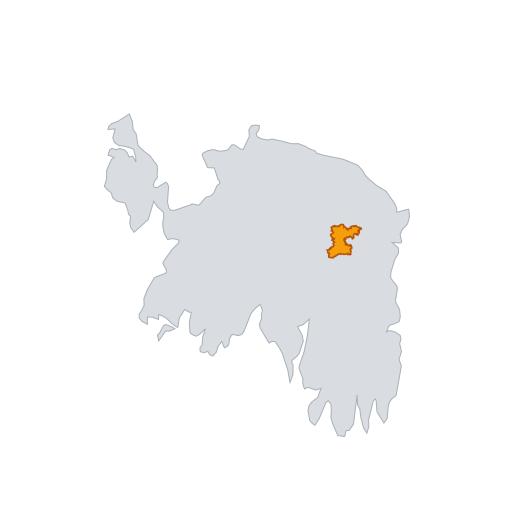 location of Castlecomer Lea-6, Kilkenny, Ireland, rotated 296°
{"feature_id": "5873133B64283034933999", "entity_name": "Castlecomer Lea-6", "entity_type": "district", "adm_level": 2, "iso_a3": "IRL", "parent_name": "Ireland", "parent_adm1": "Kilkenny", "projection": "mercator", "projection_center": [-7.296, 52.74], "detail": "fine", "context": "in_parent", "style": "filled", "palette": "amber", "viewbox_px": 512, "rotation_deg": 296, "n_neighbors": 0, "source": "geoboundaries", "source_scale": "gbopen_adm2", "svg_char_len": 9179}
<svg xmlns="http://www.w3.org/2000/svg" viewBox="0 0 512 512"><g transform="rotate(296 256 256)"><path d="M313.3,94.7L304.1,101.2L302.7,103.6L300.1,113.5L299.8,116.4L294.1,127.3L290.9,129.5L286.0,131.3L283.3,133.1L279.8,132.2L275.4,132.3L273.3,134.3L273.4,135.8L274.7,137.5L282.8,142.5L282.3,144.6L280.0,147.0L265.5,152.9L261.2,156.4L259.7,158.7L261.2,162.6L272.8,174.3L274.8,175.6L276.5,182.4L286.7,185.2L290.8,189.4L294.4,190.4L302.2,190.1L305.4,191.7L307.2,190.5L308.2,188.2L316.9,180.0L314.2,173.8L323.1,163.2L325.5,163.4L329.6,166.6L333.0,171.1L334.1,177.1L337.4,182.5L339.4,184.3L345.1,185.4L346.4,187.5L345.4,195.3L346.2,197.8L360.5,197.6L366.2,194.3L371.2,194.9L373.6,198.3L374.7,201.9L370.4,203.3L366.0,202.5L363.8,204.9L363.7,209.4L365.2,215.2L368.2,219.3L370.5,228.6L372.5,238.8L375.6,245.0L376.2,252.6L375.8,256.4L376.3,263.1L375.0,265.5L376.0,271.8L381.2,292.1L382.2,307.9L379.7,313.8L376.2,319.4L374.0,326.0L372.3,333.1L371.2,344.6L363.8,358.0L360.7,361.3L357.0,363.3L365.0,372.7L358.5,376.8L351.3,378.1L343.4,375.8L338.5,376.1L332.3,380.9L330.9,380.1L327.9,372.4L325.7,380.3L321.2,382.8L313.4,382.3L300.4,384.4L295.4,386.6L293.4,390.1L291.8,394.2L289.8,396.6L287.5,397.8L277.5,400.8L275.5,402.0L270.8,408.5L264.7,412.3L259.7,413.4L255.2,409.6L253.4,407.3L251.3,406.2L244.4,406.4L246.6,407.5L248.0,410.2L248.7,415.3L247.9,420.4L244.5,422.9L240.4,423.4L234.0,428.6L225.6,430.0L221.0,434.8L193.1,442.8L191.5,442.9L187.6,440.9L183.4,440.0L179.3,440.6L167.6,445.1L161.9,444.2L169.1,433.0L178.8,427.3L179.9,425.8L176.7,425.0L158.2,429.0L151.8,432.3L145.4,433.3L148.4,428.2L156.6,421.2L163.8,416.5L166.9,412.4L175.6,407.7L147.5,417.4L140.1,416.2L138.4,413.5L132.6,414.8L130.5,408.2L139.0,398.3L143.9,394.0L149.8,391.7L155.5,388.4L157.6,384.4L154.9,383.1L137.9,384.1L129.8,383.2L130.2,380.0L131.7,376.4L140.2,370.3L144.7,369.3L148.8,369.9L156.0,373.5L165.6,372.4L161.6,368.4L160.9,360.5L157.8,357.8L161.7,354.1L166.2,351.9L173.6,344.2L176.3,343.0L191.1,341.2L207.0,337.1L222.8,331.6L214.7,328.4L210.8,324.3L204.6,332.7L200.1,335.8L187.4,337.5L183.4,336.6L177.8,334.0L176.0,335.0L174.4,337.0L166.0,341.1L157.2,342.0L167.4,334.6L180.4,321.9L183.3,317.8L187.5,310.8L186.2,307.7L183.5,305.9L192.9,291.5L196.2,288.9L202.3,288.4L206.7,286.1L208.6,286.1L210.4,285.3L214.3,280.9L208.3,278.2L202.1,276.7L183.0,278.2L180.5,277.9L178.1,276.6L176.6,274.7L175.4,269.7L174.0,268.6L169.7,268.6L165.4,270.1L162.5,270.0L159.6,267.8L164.2,262.7L158.2,261.5L152.1,262.5L147.1,261.0L146.9,257.8L149.2,254.6L146.2,251.6L145.6,247.8L148.8,245.9L152.3,246.6L159.4,243.7L168.5,242.4L160.7,239.6L157.6,237.2L157.4,233.5L158.1,230.4L167.1,225.1L176.8,222.7L176.1,219.2L176.7,215.4L167.0,214.3L157.3,217.0L158.4,209.7L160.7,203.2L161.1,198.9L160.7,194.2L156.2,196.2L155.6,189.7L153.7,185.2L147.0,188.3L147.2,182.3L149.1,178.2L152.6,176.4L156.1,177.1L162.5,177.1L168.7,173.9L177.7,173.1L192.0,174.1L201.8,182.9L204.3,181.4L208.2,175.8L210.1,175.2L224.9,177.6L234.1,180.8L236.5,179.8L235.2,173.6L232.0,169.3L236.0,163.7L240.8,159.9L244.1,158.0L251.5,155.6L254.8,153.4L256.9,146.1L260.4,140.0L241.7,143.2L223.9,136.0L226.7,130.9L230.5,128.0L236.9,125.8L237.6,123.1L240.8,120.9L246.3,115.1L244.3,107.5L245.3,101.9L249.2,98.3L250.5,93.0L252.2,89.2L260.1,87.8L267.7,84.2L279.5,83.7L282.5,85.2L281.8,78.8L287.3,78.0L289.5,79.3L290.4,83.8L293.0,86.7L293.7,91.6L292.1,95.5L289.2,98.4L291.8,101.4L287.8,106.9L292.1,104.6L298.3,99.2L297.9,94.9L296.9,89.4L295.2,84.4L296.0,78.9L299.4,75.5L308.5,73.7L304.8,67.5L308.1,66.9L311.7,68.2L316.9,73.1L328.2,79.9L322.7,85.9L315.9,90.1L313.3,94.7ZM155.4,212.2L155.1,215.0L150.8,211.4L148.8,207.6L137.0,205.8L141.9,202.0L144.3,203.1L152.6,203.3L154.9,204.9L155.4,212.2Z" fill="#d9dde1" stroke="#a8b0b8" stroke-width="1"/><path d="M287.2,324.3L288.1,325.2L288.6,326.3L288.4,326.4L288.5,326.6L289.7,326.4L290.4,327.2L290.6,327.3L290.7,327.6L291.0,327.7L291.5,327.7L291.6,327.9L291.6,328.1L292.0,328.4L292.3,328.5L292.6,328.4L293.0,328.8L293.5,329.1L293.5,329.4L293.9,329.4L294.2,329.6L294.3,329.8L294.3,330.1L294.6,330.3L294.9,330.5L295.1,331.2L294.8,331.5L295.0,331.6L295.2,332.1L295.4,332.2L295.5,332.6L295.9,333.2L295.9,333.5L295.8,333.9L296.3,334.7L296.4,335.1L296.8,335.5L296.9,335.8L297.0,335.9L297.0,336.0L297.6,336.5L297.7,336.8L298.0,336.9L298.0,337.2L298.3,337.3L298.2,337.4L298.3,337.4L298.3,337.5L298.5,337.8L298.4,338.0L298.5,338.1L298.4,338.5L298.2,338.5L298.3,338.6L298.1,338.8L298.1,339.1L298.2,339.4L298.2,339.5L298.4,339.9L298.4,340.0L299.1,340.5L299.6,340.1L299.5,339.9L299.7,339.7L300.5,339.6L300.8,339.3L301.2,339.3L301.6,339.5L302.0,339.3L302.2,338.9L302.4,338.7L302.6,338.3L302.8,338.4L302.6,338.2L303.1,337.9L303.2,337.7L303.7,337.8L303.7,338.0L303.8,338.0L304.1,338.4L304.3,338.5L304.7,338.3L304.8,338.4L304.8,338.6L305.2,338.7L305.6,338.0L306.1,337.7L306.3,337.9L306.5,337.7L306.8,337.4L306.5,337.1L306.8,336.9L307.1,336.4L307.5,336.3L307.6,336.2L307.5,335.8L307.2,335.9L306.9,335.6L306.1,335.7L306.0,335.3L306.1,335.1L305.9,334.9L306.2,334.6L306.0,334.3L306.0,334.1L306.0,333.7L306.4,333.4L306.2,333.3L305.9,332.7L306.0,332.6L305.5,332.4L305.6,332.2L305.8,332.3L305.8,331.6L305.5,331.4L305.6,331.2L306.2,331.1L306.4,330.9L306.6,330.9L306.7,331.0L306.8,330.9L307.1,331.4L307.2,331.2L307.3,331.0L307.3,330.7L307.7,330.7L307.8,330.2L307.9,329.9L308.1,329.8L308.2,329.5L308.4,329.5L308.6,329.4L308.5,329.0L308.2,329.0L308.5,328.7L308.5,328.4L308.9,328.4L309.2,328.0L309.8,328.7L309.8,327.9L310.5,327.7L310.7,327.8L310.9,328.2L311.1,328.3L311.1,328.5L311.3,328.8L311.7,329.0L311.9,329.4L312.0,329.3L312.5,329.7L312.8,329.4L313.0,329.8L313.1,330.0L313.0,330.7L313.3,330.8L313.4,331.0L313.7,331.5L313.9,331.6L314.1,331.4L314.3,331.3L315.0,331.6L314.9,331.8L314.9,332.5L314.8,333.7L314.7,333.6L314.7,333.9L314.5,334.3L314.2,334.6L313.9,334.8L314.0,334.9L313.8,335.3L314.3,335.5L314.7,335.7L315.5,335.4L316.0,335.2L316.4,334.8L316.8,334.7L316.9,334.8L316.8,335.0L317.4,334.6L318.3,334.5L318.8,334.7L319.3,334.8L319.3,335.2L319.8,335.9L319.8,336.0L320.2,336.3L320.3,336.7L319.8,336.7L319.5,336.8L319.2,336.7L319.1,337.1L319.2,337.3L319.4,337.4L319.3,337.5L319.5,337.8L319.3,337.8L319.5,338.3L320.2,337.7L320.4,338.2L321.0,338.0L321.2,338.3L321.4,338.0L322.5,338.6L323.1,338.2L322.9,337.9L323.1,337.5L323.0,337.0L323.1,336.8L323.3,336.7L323.8,336.7L324.2,337.4L324.6,337.2L324.9,337.8L324.7,337.8L324.8,337.9L325.0,337.9L325.2,337.7L325.5,337.6L326.0,337.9L326.1,338.0L326.3,338.2L326.4,338.6L326.5,338.5L326.8,338.5L326.8,338.4L326.9,338.2L327.2,337.9L326.8,337.3L326.8,337.2L327.0,336.9L327.1,336.6L326.6,336.4L326.4,335.9L326.5,335.5L326.8,335.1L326.7,334.6L326.6,333.4L326.7,333.1L327.1,332.6L326.7,332.4L326.7,332.2L326.3,332.1L326.4,331.9L326.1,331.6L326.2,331.4L325.6,331.1L325.9,330.7L325.6,330.5L325.7,330.3L325.3,329.8L324.9,329.2L324.5,329.1L324.3,328.8L323.8,328.7L323.5,328.2L323.1,328.5L323.0,328.8L323.0,329.2L322.9,329.3L322.7,328.6L322.1,328.8L322.0,328.6L321.9,328.2L321.3,327.1L319.7,327.2L319.9,326.6L320.2,326.5L320.5,326.6L320.7,326.4L320.6,326.0L320.2,325.9L320.0,325.2L321.1,324.2L321.1,323.7L321.2,322.9L321.0,322.4L320.7,322.3L321.2,322.1L321.3,321.8L321.6,321.6L322.0,321.5L322.1,321.1L322.5,320.7L322.3,320.1L321.9,319.3L321.9,318.8L321.5,318.5L321.2,318.6L320.8,318.4L320.5,318.1L320.2,317.5L319.0,317.8L318.8,317.3L318.9,317.1L318.5,316.4L318.5,316.1L318.4,316.1L318.1,315.6L317.7,315.4L317.8,315.4L317.7,315.3L317.8,315.0L317.9,314.7L317.8,314.4L317.9,313.7L317.8,313.4L317.4,313.1L317.3,312.8L317.2,312.7L317.1,312.8L317.0,313.0L316.8,313.1L316.7,313.3L316.4,312.6L316.5,312.2L316.0,312.0L315.8,312.1L315.7,312.0L315.7,311.7L315.3,311.4L315.0,311.1L314.6,311.1L314.1,311.4L314.0,311.7L313.7,312.0L313.2,312.7L312.9,312.6L311.6,312.6L311.7,313.1L311.9,313.4L311.8,313.7L311.9,314.1L311.7,314.1L310.9,315.4L310.5,315.1L309.9,314.9L308.6,314.0L308.1,313.9L308.1,313.7L307.9,313.7L307.7,314.0L307.4,314.2L307.2,314.1L307.0,314.3L307.0,314.5L306.9,315.1L306.5,315.4L306.5,315.6L306.4,315.8L306.1,316.1L306.1,316.3L306.0,316.5L305.9,316.9L306.0,317.2L305.9,317.4L305.9,317.6L305.8,318.0L305.7,318.0L305.8,318.2L305.7,318.5L305.8,318.7L305.9,318.8L305.7,318.8L305.4,318.9L305.1,318.7L305.0,318.2L305.1,317.8L305.0,317.3L304.9,317.1L304.5,317.0L304.1,317.3L304.1,317.8L303.9,318.0L303.8,317.9L303.8,318.0L303.6,318.2L303.4,318.1L303.4,318.5L303.4,319.0L303.2,319.3L303.3,319.5L302.9,320.5L302.6,320.2L301.5,319.9L301.3,319.7L301.0,319.8L300.5,320.4L300.1,320.5L300.0,321.0L299.9,321.3L299.8,321.2L298.4,321.4L297.8,320.9L297.6,320.3L297.2,320.1L297.3,320.0L297.0,319.9L296.6,320.1L296.0,320.0L296.0,319.9L295.9,319.9L296.1,319.4L295.6,319.3L295.3,319.0L295.0,319.0L295.0,319.4L295.0,319.8L294.3,319.3L294.0,319.4L293.9,319.3L293.6,319.2L293.7,318.7L293.6,318.4L293.4,318.4L293.2,318.2L292.9,318.0L292.8,317.8L292.7,317.6L292.5,317.3L292.4,317.5L292.2,317.8L292.1,318.0L291.5,318.5L291.2,318.6L291.1,318.8L290.8,319.0L290.7,319.4L290.5,319.1L290.3,319.2L290.3,319.7L290.5,319.9L290.4,320.0L290.5,320.4L290.4,320.8L290.5,320.8L290.5,321.0L289.7,321.0L289.2,321.2L288.5,321.0L288.2,321.1L288.1,321.3L287.6,321.6L286.9,321.9L287.1,322.2L287.3,323.8L287.2,324.0L287.2,324.3Z" fill="#f59e0b" stroke="#b45309" stroke-width="1.5"/></g></svg>